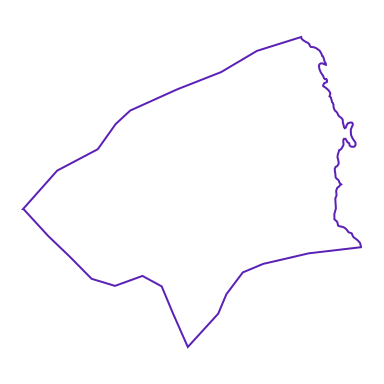 outline of Safaga, Al Bahr al Ahmar, Egypt
{"feature_id": "37247803B18851026884182", "entity_name": "Safaga", "entity_type": "district", "adm_level": 2, "iso_a3": "EGY", "parent_name": "Egypt", "parent_adm1": "Al Bahr al Ahmar", "projection": "equal_earth", "projection_center": [33.857, 26.735], "detail": "fine", "context": "isolated", "style": "outline", "palette": "violet", "viewbox_px": 384, "rotation_deg": 0, "n_neighbors": 0, "source": "geoboundaries", "source_scale": "gbopen_adm2", "svg_char_len": 2193}
<svg xmlns="http://www.w3.org/2000/svg" viewBox="0 0 384 384"><path d="M23.0,209.1L23.6,209.2L48.5,236.3L69.4,256.3L91.6,278.8L114.7,285.8L114.9,285.9L142.0,276.1L142.4,275.9L161.7,286.4L172.8,313.0L187.8,347.0L218.2,313.7L226.4,294.2L242.8,272.4L263.1,263.9L308.9,253.3L361.0,247.2L360.8,245.9L360.0,242.9L359.2,242.0L357.2,239.9L355.3,238.5L353.6,237.3L352.6,235.6L351.7,233.4L350.6,232.9L349.6,232.6L348.5,232.2L346.8,229.8L344.7,227.8L342.9,227.0L339.9,226.3L338.6,226.0L338.0,225.2L337.3,222.1L336.5,221.1L334.4,219.3L334.4,216.9L334.3,214.2L335.0,211.7L335.9,208.4L335.4,200.9L335.4,199.3L335.3,198.4L336.5,195.7L336.2,190.6L337.3,187.7L338.8,186.8L339.5,185.9L339.8,185.4L341.2,184.4L340.2,183.7L339.3,182.2L338.8,180.6L338.1,179.8L336.5,178.6L335.6,177.2L335.3,173.4L334.8,170.6L334.8,168.6L335.7,166.8L336.6,166.5L337.3,165.9L338.6,163.9L338.7,163.3L338.4,161.1L338.1,159.3L337.5,157.6L337.7,155.0L338.4,152.8L339.3,150.0L340.2,149.8L340.8,149.3L341.3,148.8L341.9,147.9L342.6,146.7L343.5,144.9L343.4,142.4L343.3,140.0L343.9,138.9L345.5,138.8L346.6,140.6L347.6,142.4L348.6,142.8L349.1,143.1L349.7,145.6L351.3,146.7L353.7,146.8L354.7,146.4L355.6,144.6L355.4,142.3L354.5,141.2L353.1,139.2L352.0,137.2L351.1,135.1L350.9,133.2L350.8,129.6L351.9,126.8L352.9,124.7L352.5,123.1L351.7,122.5L350.1,122.6L347.9,123.3L346.7,125.1L345.8,127.6L344.7,128.2L344.0,126.9L343.6,125.0L342.9,122.7L342.7,119.7L341.5,118.0L339.6,116.7L338.5,115.6L337.3,113.0L336.3,111.7L335.0,110.6L334.0,108.7L333.5,106.6L333.5,104.7L332.7,102.7L332.2,102.4L330.8,97.3L329.5,96.4L329.9,95.1L330.3,93.9L330.2,92.9L328.9,90.7L327.9,89.7L326.3,88.2L323.3,86.2L323.1,85.3L324.2,83.2L325.5,82.7L326.9,82.0L327.1,80.3L326.3,79.0L325.1,79.3L323.9,78.1L323.1,75.7L322.1,74.4L320.7,72.2L319.4,69.0L318.9,65.6L319.7,64.1L320.7,63.4L322.6,63.4L324.4,64.3L325.9,64.8L325.9,63.9L325.5,62.9L324.7,61.9L323.6,57.9L322.8,56.1L322.2,56.0L321.6,54.1L320.5,52.1L319.6,50.6L315.9,48.0L313.6,47.2L311.2,47.0L310.5,46.7L309.7,45.5L309.3,44.2L307.7,42.7L306.5,42.3L303.3,40.3L301.5,38.6L301.2,37.0L256.9,50.9L221.1,72.1L177.3,89.3L130.3,110.5L115.7,124.0L97.8,149.2L57.2,170.6L23.0,209.1Z" fill="none" stroke="#5b21b6" stroke-width="2"/></svg>